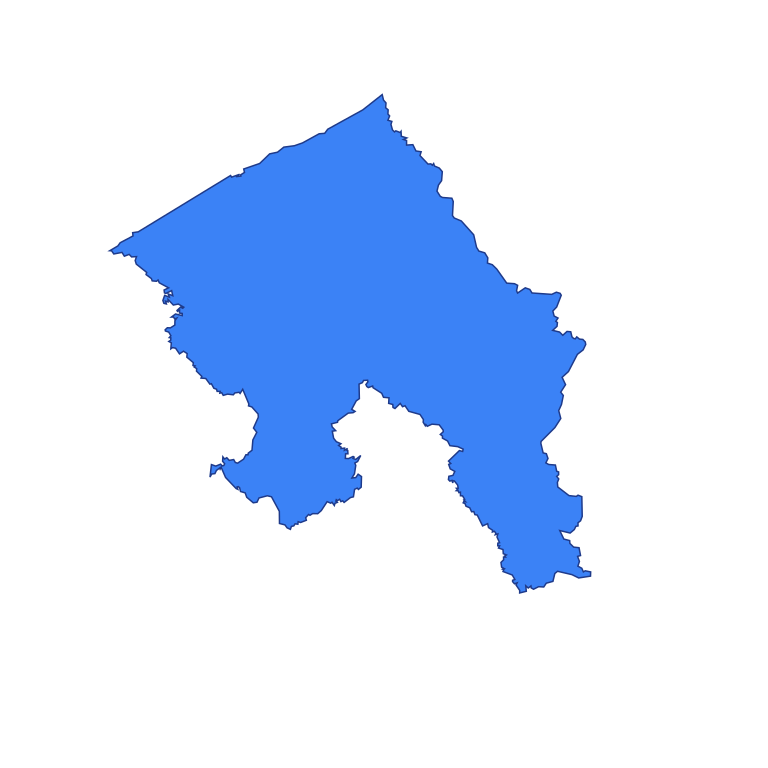 Tasikmalaya, Jawa Barat, Indonesia, rotated 139°
{"feature_id": "22746128B89217704079934", "entity_name": "Tasikmalaya", "entity_type": "district", "adm_level": 2, "iso_a3": "IDN", "parent_name": "Indonesia", "parent_adm1": "Jawa Barat", "projection": "albers", "projection_center": [108.182, -7.428], "detail": "fine", "context": "isolated", "style": "filled", "palette": "blue", "viewbox_px": 768, "rotation_deg": 139, "n_neighbors": 0, "source": "geoboundaries", "source_scale": "gbopen_adm2", "svg_char_len": 6171}
<svg xmlns="http://www.w3.org/2000/svg" viewBox="0 0 768 768"><g transform="rotate(139 384 384)"><path d="M483.8,320.3L481.1,318.9L475.3,323.8L472.5,323.0L472.5,321.2L468.9,321.1L461.7,328.9L462.7,332.9L466.7,331.9L469.9,334.1L465.2,335.6L458.7,341.1L457.9,343.5L454.8,342.8L448.5,345.3L454.8,345.6L456.2,348.1L454.5,348.4L454.9,349.6L459.7,351.0L462.0,353.2L458.8,356.5L457.0,355.0L455.0,357.6L455.7,358.8L453.8,359.3L457.4,360.0L455.8,361.5L458.8,363.5L457.8,364.5L458.6,367.4L455.7,367.2L457.8,371.7L457.6,376.1L454.0,382.3L451.1,380.5L451.3,385.6L449.8,388.4L444.2,385.6L442.9,386.6L430.1,385.5L426.1,382.6L423.8,382.3L425.0,386.1L416.0,389.5L412.2,389.1L402.9,400.3L399.4,399.2L397.1,400.1L393.9,397.6L394.7,396.2L398.0,395.5L398.6,393.4L398.2,391.6L393.9,389.9L394.7,388.4L391.8,378.5L393.1,374.3L389.3,370.3L393.2,366.3L390.8,362.8L392.6,360.4L391.8,358.3L384.5,358.7L384.9,354.7L382.4,353.8L383.2,347.1L376.8,337.4L377.6,331.3L379.5,329.5L380.2,325.4L379.0,325.9L379.1,323.7L374.1,322.2L369.1,317.0L369.6,310.4L370.6,309.1L374.6,309.0L374.0,306.4L375.4,304.8L373.4,299.3L374.7,294.2L369.4,288.3L367.0,282.9L368.9,281.5L370.8,284.3L385.9,283.5L385.8,280.2L387.9,280.9L389.7,276.5L387.9,271.6L391.9,269.8L395.6,271.8L398.1,269.6L398.0,267.5L396.0,266.7L397.0,264.2L395.3,265.7L394.5,264.7L394.7,259.5L396.3,256.7L397.7,257.7L397.5,256.2L399.4,256.1L398.1,254.8L398.7,252.8L397.3,252.2L399.6,249.5L398.1,248.0L398.8,244.0L399.8,244.2L399.7,241.7L400.8,243.0L402.2,242.4L401.3,240.5L402.3,238.0L400.5,234.3L401.7,230.1L399.9,228.8L401.1,225.8L399.6,223.9L402.7,212.2L397.4,210.6L399.3,207.1L398.0,202.3L399.3,201.2L397.3,200.4L397.5,197.9L398.9,197.3L396.4,196.2L399.1,194.4L400.9,188.4L402.5,189.2L404.3,187.3L402.9,186.0L405.2,185.1L402.8,181.0L405.3,177.7L403.8,174.7L405.9,175.0L405.9,173.7L407.4,174.9L409.0,172.9L412.8,172.6L415.4,168.6L414.4,165.7L415.9,166.3L415.4,165.3L417.2,164.4L412.5,155.7L413.5,150.6L415.7,151.5L416.6,150.5L416.6,147.6L414.0,146.6L416.2,145.7L417.0,139.2L418.7,137.3L412.6,134.2L409.4,138.7L409.0,135.4L405.6,135.2L406.7,133.6L405.8,131.0L400.3,129.6L396.6,126.0L392.2,127.2L386.0,124.2L379.4,128.9L375.9,128.8L367.2,116.8L364.3,109.9L354.2,103.5L351.3,106.6L354.7,111.0L356.8,111.4L355.6,115.2L357.2,119.3L352.9,121.9L351.0,126.9L348.2,125.6L344.2,132.5L347.9,136.5L348.3,141.7L346.6,144.0L350.0,149.0L347.5,158.1L341.3,149.4L335.8,149.3L332.6,150.7L330.7,149.6L328.6,152.0L325.4,151.8L321.3,154.0L308.6,169.2L310.5,172.8L312.6,173.0L317.6,178.4L320.4,192.3L317.7,196.0L314.4,197.7L314.3,201.0L311.7,201.0L309.9,203.1L310.9,204.9L307.8,210.4L312.5,215.2L313.6,218.3L309.1,220.2L307.2,224.9L309.1,227.6L304.5,236.4L303.1,237.6L283.6,239.0L273.2,242.0L269.6,249.3L263.5,252.1L256.2,257.7L256.0,261.9L247.4,264.4L245.2,272.2L236.6,272.4L218.6,279.5L211.3,279.1L205.8,281.5L204.5,283.7L204.7,287.2L207.0,289.6L207.6,293.1L210.0,292.6L211.0,294.0L211.2,296.3L208.8,300.9L211.4,303.6L217.1,303.5L217.4,308.0L221.5,313.8L215.6,314.0L212.8,316.6L213.2,318.6L209.4,319.6L211.0,323.7L208.7,328.3L203.2,328.8L192.0,334.7L191.6,336.9L193.7,340.2L198.6,341.6L212.6,355.6L211.9,359.7L214.3,363.9L223.5,365.0L222.8,367.4L218.4,370.8L219.7,374.1L225.2,379.6L223.5,396.8L224.0,403.0L226.6,407.4L222.9,411.1L221.9,416.9L225.2,422.1L224.5,426.4L218.4,437.8L218.7,456.3L222.1,463.2L221.8,466.2L212.0,476.3L210.9,479.7L217.5,486.4L218.4,488.7L217.5,494.8L212.4,498.4L207.1,499.7L200.7,506.0L200.6,510.7L202.9,515.4L201.9,517.8L204.0,517.4L204.2,519.4L206.5,521.1L207.0,532.8L203.6,534.9L207.0,538.9L205.2,545.7L210.2,549.5L207.2,553.0L208.9,555.8L205.4,554.8L208.4,559.6L205.4,563.5L206.8,563.2L209.0,567.3L210.7,567.4L210.9,570.2L208.4,575.4L205.8,577.0L208.0,580.5L203.9,582.6L203.9,585.2L201.0,588.2L201.5,591.4L198.1,594.8L198.1,598.6L195.5,603.6L220.2,604.8L259.3,613.2L264.3,612.1L268.8,615.4L287.3,619.4L295.3,622.6L304.2,628.5L312.3,628.8L319.3,632.7L333.2,632.0L348.8,638.3L350.5,635.2L354.9,635.9L355.6,634.8L359.7,637.6L355.4,637.0L363.3,640.1L363.0,642.0L469.7,660.1L474.4,663.1L476.3,660.4L490.4,663.7L494.3,662.8L503.5,664.5L502.2,663.2L502.6,659.4L495.4,655.2L496.1,650.8L491.3,649.0L491.1,645.5L487.2,642.5L490.8,640.4L492.3,637.0L489.9,623.9L491.8,622.7L490.4,616.2L491.3,613.9L488.3,610.8L486.3,610.7L487.2,607.8L483.5,597.9L488.3,599.2L489.9,596.8L489.3,595.5L483.0,593.8L485.5,589.2L487.8,593.6L489.0,590.4L491.4,594.8L496.1,592.1L497.2,589.3L495.7,587.2L494.5,589.9L493.1,587.6L491.5,589.5L491.2,581.8L486.8,579.3L484.7,573.3L486.2,573.2L487.1,575.5L492.0,575.3L492.2,574.3L489.9,573.8L491.8,571.7L490.0,569.6L491.4,568.0L495.4,573.6L500.5,574.0L498.9,572.6L499.3,570.5L497.2,569.7L500.2,569.0L503.2,565.7L508.4,566.5L510.6,568.6L513.6,568.5L514.2,567.4L512.4,564.4L513.2,560.2L515.6,559.9L514.6,558.7L516.2,557.0L518.5,557.3L517.5,554.6L521.8,550.4L519.7,550.2L517.8,547.7L518.6,540.9L513.8,540.3L512.6,536.1L515.2,533.6L513.9,525.2L516.0,523.3L514.7,521.6L516.1,521.4L515.3,518.5L517.1,516.7L516.5,509.3L518.2,508.5L514.9,505.1L515.5,498.1L514.1,497.5L515.2,492.4L513.8,489.9L514.8,487.9L512.5,485.9L513.9,484.8L512.2,483.9L512.8,480.9L508.7,479.0L504.8,474.7L502.4,475.1L498.8,472.8L498.8,471.3L494.1,472.7L499.1,457.6L500.6,456.4L498.8,453.4L498.7,444.0L500.6,441.4L511.4,436.4L511.7,431.0L519.7,427.8L527.1,420.6L531.8,420.9L533.1,419.8L534.6,421.2L539.3,419.4L546.4,420.3L547.7,422.3L547.0,425.6L550.9,427.9L551.0,431.5L553.5,432.0L553.4,434.7L556.5,431.6L556.6,428.3L558.4,427.6L559.8,428.3L559.9,430.7L564.8,432.4L567.1,436.4L576.4,427.9L573.1,429.1L570.4,427.3L567.2,428.7L563.1,428.4L563.5,427.3L561.5,428.1L564.9,417.4L564.2,402.1L563.4,400.4L562.4,402.7L561.3,402.2L561.0,400.5L562.8,397.0L560.2,392.9L561.9,388.6L560.6,380.1L557.4,378.1L553.1,380.0L545.4,376.2L542.9,372.7L546.5,356.6L554.4,347.3L551.2,342.7L551.5,339.0L550.0,335.7L547.3,337.3L545.2,336.1L542.8,336.8L541.0,334.7L539.1,336.4L537.8,334.2L532.0,332.1L530.8,334.5L526.5,335.0L526.0,333.5L522.9,333.0L519.1,329.6L514.4,329.6L504.1,332.5L502.4,329.0L500.8,328.9L501.2,324.9L499.3,326.1L496.9,325.3L497.2,327.2L495.9,328.0L495.6,326.5L493.1,326.1L493.7,323.5L491.8,322.9L491.8,320.8L483.8,320.3Z" fill="#3b82f6" stroke="#1e3a8a" stroke-width="1.5"/></g></svg>